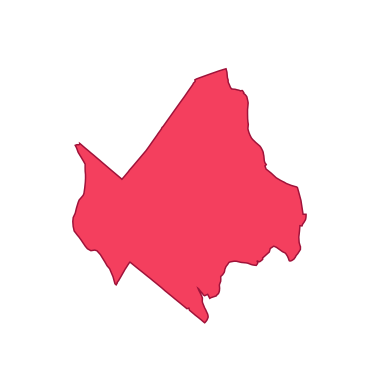 Nicolae Balcescu, Calarasi, Romania, rotated 306°
{"feature_id": "2599482B57162776684646", "entity_name": "Nicolae Balcescu", "entity_type": "district", "adm_level": 2, "iso_a3": "ROU", "parent_name": "Romania", "parent_adm1": "Calarasi", "projection": "orthographic", "projection_center": [26.755, 44.444], "detail": "fine", "context": "isolated", "style": "filled", "palette": "rose", "viewbox_px": 384, "rotation_deg": 306, "n_neighbors": 0, "source": "geoboundaries", "source_scale": "gbopen_adm2", "svg_char_len": 4447}
<svg xmlns="http://www.w3.org/2000/svg" viewBox="0 0 384 384"><g transform="rotate(306 192 192)"><path d="M241.0,297.4L240.0,295.9L239.3,294.9L249.2,285.1L255.2,277.7L257.6,274.6L257.5,273.4L256.8,271.6L255.6,268.2L254.3,263.2L254.2,261.8L253.4,256.5L253.0,251.7L253.8,245.0L254.1,238.4L256.0,235.7L256.8,235.9L257.8,236.0L258.1,235.2L258.6,233.6L259.9,232.0L261.6,230.5L263.4,228.9L264.6,227.6L265.9,226.3L266.2,225.9L266.7,225.2L267.8,223.1L268.4,221.8L268.6,221.3L269.1,219.7L269.1,219.4L269.4,215.8L269.5,214.5L269.9,211.9L270.0,211.1L270.1,210.3L270.5,208.8L270.9,207.7L271.3,207.0L272.1,205.4L272.8,204.3L273.9,202.6L274.2,202.3L274.8,201.5L275.2,201.0L275.7,200.4L276.2,199.9L279.8,197.8L280.2,197.4L281.9,195.7L282.2,195.5L283.9,194.0L287.6,191.2L291.3,188.5L293.2,187.4L294.9,186.4L297.0,185.1L298.2,183.9L301.2,180.5L301.5,179.8L302.0,178.0L302.1,176.5L302.2,176.0L302.2,175.7L302.8,175.6L303.1,174.8L303.4,174.0L303.7,173.2L303.0,172.3L302.4,171.9L302.1,170.8L301.9,170.0L301.2,168.5L300.8,167.4L300.7,167.1L300.3,166.2L299.9,165.6L299.4,164.8L298.7,163.4L299.1,161.9L299.8,160.6L300.2,160.0L301.0,158.7L301.7,157.4L302.2,156.7L302.7,156.2L303.6,155.6L304.1,155.1L305.0,153.8L305.7,153.1L306.4,152.5L309.4,149.9L311.7,147.1L309.8,145.6L305.5,142.4L302.3,140.2L299.3,138.1L291.8,133.0L288.4,130.7L286.4,129.4L286.0,129.1L285.0,128.7L284.4,128.4L283.5,129.5L282.7,129.5L281.6,129.3L280.8,129.2L280.5,129.2L279.8,129.5L279.1,129.5L272.2,129.6L265.0,129.8L257.4,129.8L247.0,129.9L227.9,130.1L227.3,129.9L225.8,129.9L225.0,130.2L219.2,130.2L217.5,130.3L208.2,130.4L203.6,130.5L198.8,130.5L198.0,130.5L197.1,130.4L179.3,129.1L172.4,128.5L171.5,128.6L170.2,128.5L165.6,128.2L161.1,127.8L161.2,127.3L161.3,126.0L162.3,112.1L162.5,109.6L162.8,105.8L163.1,101.8L163.4,98.5L163.7,94.3L164.0,90.7L164.2,87.2L164.4,84.9L164.7,80.4L165.1,75.6L165.2,74.4L165.2,74.0L165.3,73.5L165.3,72.6L165.0,72.9L164.5,72.9L163.9,72.8L163.2,72.0L162.8,71.3L162.5,71.0L161.1,70.1L160.7,70.9L160.4,71.6L159.9,72.5L159.4,73.3L157.1,76.7L155.0,81.8L153.1,86.2L151.7,89.2L148.9,91.2L146.1,93.3L143.5,95.6L140.5,97.8L137.3,99.9L132.5,102.7L127.4,105.4L125.4,105.9L123.6,105.8L119.2,105.4L116.8,106.0L111.0,108.0L106.2,110.0L101.5,110.9L98.1,112.9L94.3,116.1L91.2,119.6L89.8,124.3L89.1,127.1L88.1,130.2L86.7,134.0L85.4,137.6L84.6,140.8L85.1,144.7L87.8,147.4L88.6,149.6L87.5,154.7L84.2,162.7L82.4,166.7L81.5,170.5L79.0,174.6L77.1,177.8L73.6,182.2L72.5,183.6L72.4,184.4L72.3,185.2L74.6,185.0L74.8,184.6L75.5,184.6L77.0,184.7L78.2,184.6L78.7,184.5L80.1,184.4L87.4,183.6L88.3,183.5L89.7,183.3L91.9,183.2L93.6,183.1L94.8,183.0L97.8,182.9L98.8,183.0L98.8,183.6L98.7,186.0L98.4,191.1L98.2,195.2L98.0,200.0L97.7,205.3L97.6,208.4L97.3,212.8L97.1,216.6L96.8,221.7L96.7,223.5L96.2,228.6L96.1,231.0L95.9,234.2L95.8,236.4L95.7,238.1L95.5,240.6L95.2,246.6L94.6,256.5L96.2,257.7L94.9,259.4L94.7,261.8L94.4,265.9L94.3,266.7L94.2,270.3L94.1,272.2L94.0,273.7L94.0,274.4L93.8,276.3L93.6,279.1L93.8,279.2L94.7,279.3L96.4,279.4L97.7,279.3L98.8,279.0L99.8,278.8L100.4,278.5L101.4,277.6L102.0,276.9L102.5,276.3L102.9,275.5L103.2,275.0L104.1,273.4L104.9,272.0L105.5,270.6L107.2,267.9L108.5,265.8L109.0,265.2L109.6,264.6L112.4,262.7L113.7,260.7L115.1,258.1L116.5,255.3L117.6,253.5L117.6,254.1L117.2,255.4L116.5,257.7L116.1,259.8L115.4,261.8L115.5,263.2L118.4,264.8L116.4,268.9L117.6,269.4L122.2,272.7L123.8,272.7L125.2,273.1L126.7,272.8L128.1,272.3L130.4,270.9L132.6,269.0L133.3,268.6L136.6,267.7L138.3,266.6L140.5,264.9L143.1,265.4L145.8,265.3L147.3,264.8L148.5,264.1L151.7,263.3L154.3,263.4L156.8,263.3L157.9,264.0L160.8,266.8L162.1,268.7L164.0,273.3L166.5,277.5L167.3,279.2L167.6,280.6L167.9,281.6L168.1,282.5L168.8,284.2L169.8,286.1L170.4,287.1L171.3,287.1L172.4,287.1L173.3,286.9L173.7,286.4L174.3,285.4L174.7,285.6L174.8,286.2L174.7,286.6L174.8,287.0L175.0,287.2L175.2,287.6L175.5,287.8L178.0,288.6L179.3,288.7L180.1,287.9L180.6,288.0L181.0,288.1L183.2,288.6L188.9,289.8L192.3,288.5L196.1,289.9L196.5,291.0L196.9,293.0L196.9,298.7L196.9,300.3L197.1,301.4L197.4,302.8L197.3,304.0L196.3,306.7L195.0,309.0L194.3,309.9L193.6,311.0L193.7,311.7L194.2,312.3L195.2,313.0L197.6,313.9L200.0,313.9L201.8,313.6L204.3,313.8L209.2,313.5L211.5,311.9L212.2,310.8L214.1,308.4L215.4,307.3L218.3,304.9L223.8,301.8L228.2,299.1L229.2,300.9L231.1,300.4L232.4,300.4L233.4,300.4L234.2,300.3L235.5,300.2L236.6,300.0L238.1,299.3L239.6,298.4L241.0,297.4Z" fill="#f43f5e" stroke="#9f1239" stroke-width="1.5"/></g></svg>